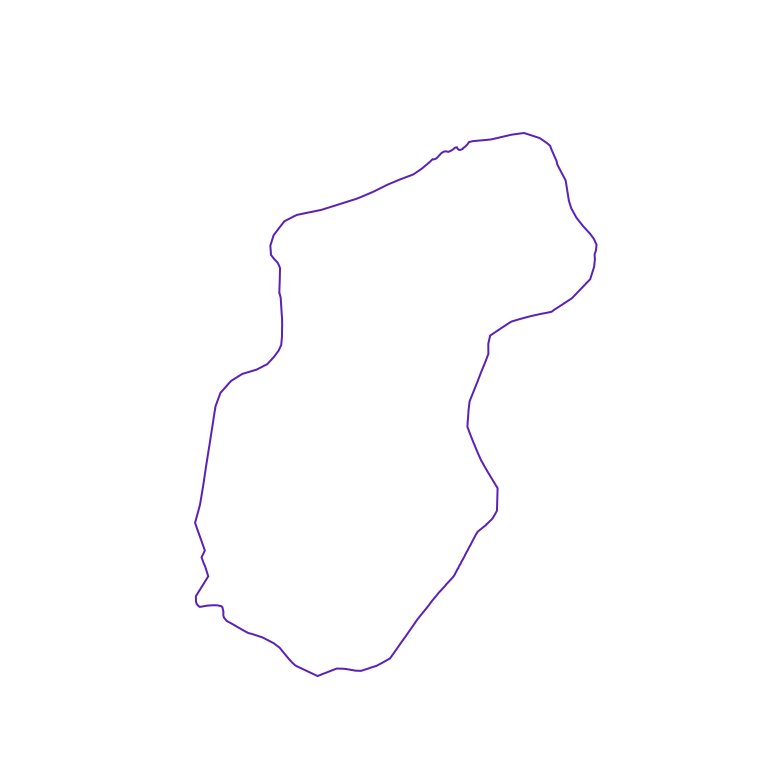 Gunung Mas, Kalimantan Tengah, Indonesia, rotated 40°
{"feature_id": "22746128B12491014044373", "entity_name": "Gunung Mas", "entity_type": "district", "adm_level": 2, "iso_a3": "IDN", "parent_name": "Indonesia", "parent_adm1": "Kalimantan Tengah", "projection": "natural_earth1", "projection_center": [113.623, -0.987], "detail": "fine", "context": "isolated", "style": "outline", "palette": "violet", "viewbox_px": 768, "rotation_deg": 40, "n_neighbors": 0, "source": "geoboundaries", "source_scale": "gbopen_adm2", "svg_char_len": 4684}
<svg xmlns="http://www.w3.org/2000/svg" viewBox="0 0 768 768"><g transform="rotate(40 384 384)"><path d="M474.6,171.2L469.6,159.1L465.4,152.9L462.1,149.5L460.4,145.3L457.3,140.7L451.4,137.9L445.5,136.5L435.0,135.1L424.4,132.9L414.5,129.0L408.0,124.9L402.2,119.9L392.3,111.3L375.7,104.5L372.9,102.3L361.7,96.8L358.1,94.7L354.0,94.7L345.3,95.5L336.8,98.9L329.8,101.8L321.4,111.1L311.1,124.8L308.5,128.2L298.3,138.5L295.8,141.0L295.7,141.1L294.1,143.4L293.5,144.3L293.7,145.1L293.8,146.0L293.9,147.1L293.8,148.2L293.7,149.5L293.5,150.8L293.1,151.8L293.0,152.0L293.2,152.9L293.1,153.6L292.7,154.3L292.2,155.3L291.2,156.3L290.4,156.5L289.7,156.5L289.2,156.4L288.5,156.3L287.9,155.8L287.7,155.8L286.6,157.1L286.1,159.8L285.5,161.9L284.1,164.8L283.0,165.4L282.1,165.8L280.9,166.9L280.4,167.9L279.9,169.2L279.5,170.5L279.5,171.9L279.3,174.5L279.3,175.7L279.1,177.5L278.4,179.0L277.4,180.3L276.9,180.8L276.7,180.8L276.3,184.6L274.6,194.5L271.8,204.5L264.5,217.5L258.4,229.4L252.0,244.1L244.3,259.1L224.2,290.7L218.3,298.2L215.0,302.3L208.4,310.7L203.3,322.8L203.1,323.4L203.0,323.8L203.1,324.2L203.3,329.6L203.3,330.7L203.8,340.9L208.0,351.1L212.8,356.0L213.8,357.1L214.5,357.8L219.8,358.9L224.4,359.4L227.0,360.5L229.9,362.1L237.1,371.1L245.3,381.6L245.5,381.5L249.5,384.4L252.6,387.7L255.3,390.5L260.8,396.3L263.0,398.5L264.3,399.9L267.9,404.1L268.9,405.2L268.9,405.3L269.1,405.6L275.6,413.6L280.2,420.2L280.4,420.8L280.6,421.7L280.9,422.8L281.8,426.1L281.9,427.7L282.3,433.9L281.9,441.5L281.8,444.0L280.9,445.9L279.3,449.8L277.9,453.1L277.6,453.7L277.2,454.8L269.0,467.3L268.7,468.1L266.5,474.9L266.0,476.5L264.9,479.8L264.8,481.3L264.7,484.9L264.7,486.5L264.4,495.9L267.6,504.8L269.3,509.4L271.5,513.1L272.0,514.0L276.3,521.1L276.9,522.0L279.3,526.0L284.0,533.8L290.0,543.7L290.9,545.3L293.8,550.1L297.6,556.4L300.1,560.6L305.5,569.4L309.4,575.7L313.0,581.8L316.8,588.2L320.5,594.5L323.6,601.1L328.5,611.8L332.7,614.3L341.9,619.7L349.2,624.0L353.8,626.7L354.3,628.5L355.6,634.0L357.5,635.1L361.1,637.2L364.2,638.7L373.0,644.3L375.0,658.3L376.3,667.5L379.9,671.6L381.9,672.9L384.6,673.3L386.1,673.2L387.7,671.4L391.4,667.0L395.6,663.1L398.3,660.9L398.7,660.6L402.2,658.8L403.7,658.9L407.3,661.6L409.7,664.6L411.6,665.8L415.8,666.6L420.2,665.7L433.7,663.3L440.2,662.0L443.6,660.3L453.9,656.2L465.9,653.5L473.4,653.1L488.5,655.9L489.4,655.9L490.1,656.1L491.2,656.2L492.4,656.4L493.3,656.4L496.2,656.6L497.2,656.5L497.4,656.5L498.8,656.3L498.8,656.2L505.7,654.4L520.9,650.4L521.2,649.6L521.7,648.8L522.1,648.1L522.5,647.4L522.9,646.4L523.3,645.8L523.7,644.9L524.0,644.4L524.5,643.7L525.8,641.3L526.5,639.9L526.7,639.6L527.1,639.0L528.1,637.0L528.8,635.8L530.7,632.4L535.8,628.3L538.0,626.8L546.8,621.7L550.7,618.5L550.8,618.5L554.3,612.9L555.0,611.9L555.7,610.5L559.5,604.6L559.6,604.3L561.1,600.6L562.1,598.1L565.0,590.3L564.9,589.1L564.7,586.7L563.8,575.8L563.8,575.7L563.7,575.4L563.7,575.2L563.3,570.2L562.9,565.0L562.8,563.4L561.8,552.6L561.8,552.4L560.9,542.8L560.6,526.4L560.6,525.9L560.2,519.2L560.2,514.0L560.2,511.4L560.1,509.1L560.1,507.9L560.2,507.1L560.6,499.0L560.5,498.8L560.5,497.6L560.5,497.0L560.6,496.4L560.6,495.8L560.9,490.2L560.9,488.9L560.9,488.1L561.0,487.5L561.0,486.7L560.9,486.1L560.8,485.8L560.7,484.6L560.6,483.9L560.4,483.5L560.3,483.1L560.1,482.3L560.0,481.5L559.8,480.8L559.8,480.5L559.7,480.3L559.5,479.3L559.5,479.1L559.4,478.5L559.2,478.2L559.3,477.6L559.2,477.4L559.1,476.9L558.9,476.5L558.4,474.2L558.1,471.8L557.7,470.9L557.6,470.7L557.2,468.1L556.4,464.1L556.3,463.7L556.2,463.5L556.0,462.8L555.8,461.8L555.5,460.5L555.2,459.2L555.2,458.8L555.1,458.5L555.1,458.2L554.9,457.5L554.9,457.1L554.6,456.2L554.5,455.9L553.9,452.7L553.8,452.4L553.8,451.9L553.7,451.6L553.2,449.5L552.9,448.1L552.6,446.9L551.5,441.6L551.3,441.1L550.8,437.5L550.8,437.0L550.7,436.9L552.3,428.8L552.4,428.4L552.6,427.3L552.7,427.0L552.7,426.4L552.8,426.4L552.8,426.2L552.8,425.2L552.9,424.2L553.1,422.6L553.2,421.5L553.3,420.7L553.3,420.3L553.5,419.1L553.5,418.4L553.5,417.7L553.5,416.9L553.5,416.6L552.7,412.1L552.0,408.5L538.0,390.8L521.5,385.2L512.5,382.0L512.5,381.9L507.3,380.0L502.0,377.4L495.8,374.3L492.7,372.6L489.9,371.2L481.8,366.8L481.4,366.6L476.7,363.9L475.4,363.2L473.7,360.9L473.0,359.9L472.9,359.9L470.4,356.3L465.6,349.7L460.7,342.2L458.2,334.6L457.5,332.5L454.4,323.0L450.9,312.8L447.1,300.9L446.0,297.9L444.6,293.8L443.1,292.1L438.0,286.1L434.2,278.7L435.3,274.9L437.6,266.9L437.2,266.8L437.5,266.8L437.7,266.4L438.3,264.6L439.7,259.9L440.8,256.3L441.7,253.9L446.6,246.5L453.0,237.4L459.4,229.1L460.5,227.7L461.1,227.1L465.9,221.0L466.7,217.6L467.5,215.1L472.8,197.7L473.7,184.7L474.3,175.6L474.6,171.2Z" fill="none" stroke="#5b21b6" stroke-width="2"/></g></svg>